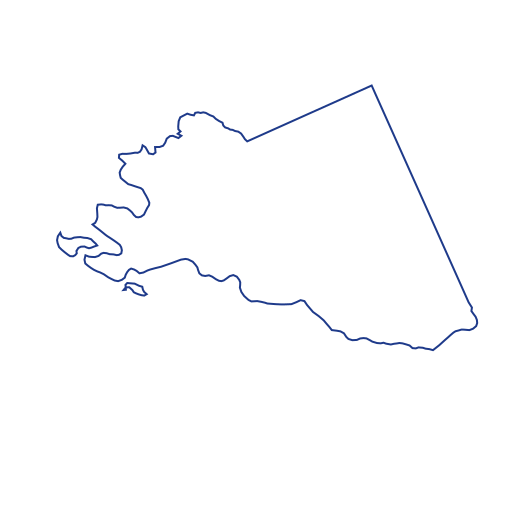 the district of Icatu, Maranhão, Brazil, rotated 246°
{"feature_id": "56859067B15059042141661", "entity_name": "Icatu", "entity_type": "district", "adm_level": 2, "iso_a3": "BRA", "parent_name": "Brazil", "parent_adm1": "Maranhão", "projection": "albers", "projection_center": [-43.84, -2.589], "detail": "fine", "context": "isolated", "style": "outline", "palette": "blue", "viewbox_px": 512, "rotation_deg": 246, "n_neighbors": 0, "source": "geoboundaries", "source_scale": "gbopen_adm2", "svg_char_len": 3983}
<svg xmlns="http://www.w3.org/2000/svg" viewBox="0 0 512 512"><g transform="rotate(246 256 256)"><path d="M121.1,432.3L127.2,431.4L131.0,431.4L135.3,431.4L141.8,431.4L145.2,431.4L209.7,431.3L218.3,431.3L306.1,431.1L311.7,431.1L356.1,431.0L364.7,431.0L364.4,328.0L364.4,324.7L364.3,294.6L367.2,293.4L369.9,293.0L373.9,292.2L376.8,290.4L378.7,287.7L380.7,286.0L382.0,283.8L383.9,282.5L386.0,280.1L388.5,279.2L391.4,279.6L394.3,277.2L397.7,275.0L400.8,273.8L403.4,271.2L407.2,268.3L408.7,266.2L409.2,263.6L410.8,261.5L411.5,258.7L409.7,256.5L411.7,253.6L414.0,251.1L413.7,246.2L413.5,243.2L410.6,240.2L406.1,237.7L403.3,236.6L400.5,237.7L399.5,234.2L396.2,236.7L395.3,233.1L399.6,228.9L400.5,226.2L399.5,222.2L396.4,219.1L394.5,216.0L394.8,212.2L396.6,208.1L391.4,206.3L390.8,203.4L393.2,199.9L397.9,199.5L400.4,199.2L403.2,197.4L399.9,194.8L398.4,192.3L398.4,189.9L399.6,187.5L400.7,183.0L402.0,179.1L403.7,175.5L404.2,172.2L401.4,170.7L397.3,172.7L393.4,174.2L391.8,170.6L389.9,167.6L387.7,165.4L385.2,164.7L382.4,164.2L379.9,165.3L376.6,167.0L373.6,168.5L371.7,170.8L369.0,173.7L366.4,176.6L364.9,178.3L362.7,179.5L359.1,179.7L355.7,180.1L352.1,180.3L348.0,180.2L346.0,179.0L344.2,176.3L342.1,173.7L339.4,170.5L338.7,166.9L339.2,164.2L340.4,162.3L343.2,161.1L346.2,160.5L348.6,159.5L351.8,157.8L354.2,154.8L355.3,151.7L356.5,148.8L358.7,146.5L360.9,144.8L362.3,142.1L363.4,139.4L365.0,137.5L366.1,135.6L367.2,132.3L364.3,130.1L359.4,128.3L356.1,127.0L354.1,125.5L351.7,122.6L351.3,119.5L348.2,121.0L345.5,122.5L342.9,123.9L336.6,127.1L334.5,128.3L332.4,129.7L330.2,131.1L327.8,132.6L324.6,134.5L321.6,136.1L318.8,136.4L315.8,135.8L313.2,134.0L312.8,131.2L313.5,129.0L315.4,126.5L317.2,123.0L319.3,120.7L320.9,117.9L321.1,115.5L320.1,112.2L320.5,108.5L321.8,105.9L323.3,103.2L326.0,100.5L322.4,97.8L318.6,97.0L315.5,98.5L312.2,100.4L309.2,102.4L306.4,104.8L304.5,106.8L301.3,109.5L296.7,112.3L293.8,114.6L291.1,116.9L289.1,119.8L288.8,123.8L289.6,127.3L291.9,129.4L293.7,131.8L295.0,134.3L295.3,136.8L293.2,139.2L290.9,140.9L287.6,142.5L286.7,146.4L286.9,150.9L286.7,153.7L285.9,158.9L284.8,164.9L283.9,175.4L283.2,186.0L282.0,190.4L280.6,192.5L276.5,195.9L272.7,197.1L269.4,197.8L266.9,197.4L263.2,197.2L260.3,198.7L258.4,201.5L257.5,205.2L254.9,207.6L251.0,210.0L248.4,212.1L247.1,214.2L246.8,216.6L247.5,220.3L248.3,223.8L247.8,227.5L244.9,230.1L241.0,231.0L238.4,230.9L236.1,229.8L233.6,228.4L229.1,228.0L224.3,228.9L221.1,230.3L218.9,231.3L216.4,233.3L215.4,235.9L214.3,238.8L211.9,242.3L209.6,245.3L208.0,247.0L204.1,254.2L201.4,259.6L199.9,263.1L197.6,268.8L197.4,274.1L197.5,278.8L195.1,281.9L190.5,282.7L181.7,285.3L175.5,288.9L169.6,291.7L165.7,292.8L161.5,294.1L157.5,295.1L154.9,299.4L152.8,302.5L149.6,304.9L145.3,305.6L142.6,306.7L139.9,309.8L138.3,314.0L138.3,317.6L137.3,320.8L135.8,323.4L132.5,326.0L130.5,327.4L127.3,331.1L125.5,334.4L124.9,337.2L123.0,339.2L120.3,343.2L119.7,346.3L118.8,349.2L118.2,351.6L116.6,354.3L114.1,357.3L111.8,359.9L108.2,361.5L106.6,364.4L106.4,367.3L104.3,371.1L102.4,373.2L100.4,376.5L98.0,379.4L100.0,387.2L102.4,394.5L103.6,398.4L104.6,401.4L105.7,405.1L106.1,407.6L105.6,410.6L105.2,413.8L104.2,415.9L101.5,420.8L101.3,424.7L102.4,428.6L104.8,430.8L107.8,431.8L111.2,431.9L114.2,431.2L118.1,430.4L121.1,432.3ZM354.6,83.0L351.4,80.7L348.4,80.0L344.2,79.7L340.9,81.0L337.4,82.7L333.5,84.8L331.5,86.1L330.1,88.8L330.3,91.2L331.3,93.3L333.6,94.0L335.6,97.0L335.7,99.9L334.4,103.2L332.6,104.8L331.0,106.6L330.6,109.1L330.5,112.0L330.2,115.2L332.5,114.6L335.6,113.2L338.4,112.2L341.0,109.3L342.7,106.2L344.7,103.3L345.7,100.7L346.8,97.3L346.9,94.3L347.8,91.9L349.4,89.8L350.7,87.8L353.4,86.4L356.9,86.7L354.6,83.0ZM280.3,124.2L279.0,127.5L275.2,129.2L272.6,129.6L270.7,131.2L268.7,133.2L266.8,135.4L265.3,137.8L265.6,140.6L268.7,139.2L271.2,139.0L274.2,139.6L276.3,137.1L280.1,133.9L282.0,130.4L283.7,127.4L282.7,125.0L280.3,124.2ZM280.3,124.2L278.8,121.2L278.1,123.4L280.3,124.2Z" fill="none" stroke="#1e3a8a" stroke-width="2"/></g></svg>